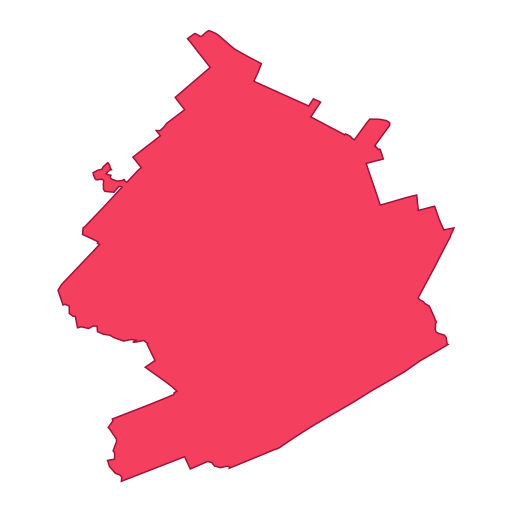 Recea, Arges, Romania
{"feature_id": "2599482B23278439531937", "entity_name": "Recea", "entity_type": "district", "adm_level": 2, "iso_a3": "ROU", "parent_name": "Romania", "parent_adm1": "Arges", "projection": "robinson", "projection_center": [25.033, 44.555], "detail": "fine", "context": "isolated", "style": "filled", "palette": "rose", "viewbox_px": 512, "rotation_deg": 0, "n_neighbors": 0, "source": "geoboundaries", "source_scale": "gbopen_adm2", "svg_char_len": 4342}
<svg xmlns="http://www.w3.org/2000/svg" viewBox="0 0 512 512"><path d="M446.8,341.4L446.6,340.6L446.6,340.4L446.3,337.7L445.3,336.2L444.4,335.2L443.6,334.9L440.3,333.9L439.1,333.7L438.6,333.4L438.1,333.1L436.2,331.9L435.9,331.3L435.6,330.8L435.2,329.5L435.2,328.7L435.5,326.4L435.5,325.3L435.5,323.8L436.3,322.3L436.3,321.6L436.2,321.4L435.1,319.8L435.1,319.7L435.0,318.7L434.8,318.3L434.7,318.2L434.5,317.7L434.2,317.2L434.1,316.7L433.9,316.1L433.4,315.4L433.1,314.4L432.7,313.5L432.2,312.5L431.9,311.9L431.6,311.2L430.5,308.5L429.8,307.2L429.0,305.9L427.3,304.9L425.4,303.9L424.6,303.3L424.0,302.3L422.8,301.3L420.2,300.1L418.0,298.1L433.0,270.1L434.5,267.3L444.4,248.0L448.1,241.0L450.1,237.3L450.6,235.4L452.0,232.2L452.4,231.9L453.8,228.3L454.0,227.9L445.5,229.6L443.6,229.7L439.2,219.4L434.6,206.2L418.3,210.4L416.7,195.0L411.7,196.2L404.5,198.1L380.2,205.1L375.5,190.9L367.7,168.1L366.2,163.4L383.3,159.0L383.1,158.4L383.3,158.9L380.2,149.4L379.3,149.1L378.8,149.3L378.6,149.6L378.0,149.5L377.3,148.2L375.7,147.0L375.6,146.8L375.8,146.7L375.9,146.4L375.8,146.2L374.8,145.7L389.2,126.0L389.8,124.6L389.6,122.8L388.9,122.2L387.6,121.4L386.3,120.5L384.5,120.2L382.7,119.9L381.3,119.6L379.9,119.3L374.2,119.2L372.0,119.1L369.8,119.1L368.4,120.8L367.0,122.5L354.3,139.9L352.3,138.5L351.5,137.6L350.7,136.7L350.0,136.1L345.4,133.9L344.8,134.9L327.8,125.9L310.8,116.9L320.6,102.2L319.1,101.3L318.2,100.9L317.3,100.5L313.4,98.8L311.0,102.4L308.7,106.0L293.2,99.0L281.3,93.7L277.6,92.0L266.5,87.0L253.8,81.3L257.1,74.4L258.2,71.9L259.2,69.3L261.4,63.7L252.0,58.7L248.5,56.9L245.7,55.3L242.4,53.5L241.6,53.0L240.8,52.6L236.0,49.9L234.3,48.8L233.1,47.8L231.8,46.8L229.5,44.8L227.4,43.0L227.2,42.8L225.2,41.1L222.5,38.7L220.7,37.2L219.0,35.7L217.6,34.7L216.3,33.8L214.2,32.7L213.3,32.3L210.9,31.3L209.6,30.8L209.1,30.8L208.5,30.7L206.5,31.9L201.6,36.3L200.3,36.3L198.6,35.4L195.9,33.8L195.0,33.5L194.4,33.7L187.5,38.7L190.1,41.7L197.5,51.2L210.2,67.4L175.3,97.3L175.2,97.4L176.7,99.5L184.7,109.7L166.6,123.4L163.2,127.9L162.4,128.4L160.2,130.6L156.2,130.5L160.4,135.8L154.5,140.4L132.9,157.1L141.3,167.7L141.2,167.8L139.6,169.0L137.7,170.7L135.4,173.2L130.1,178.8L126.9,182.2L126.7,182.2L125.1,181.4L124.8,180.9L124.7,180.3L124.4,179.6L124.0,179.5L123.7,179.6L123.2,179.9L123.0,180.1L122.0,180.6L121.1,180.7L117.9,181.0L116.4,180.9L112.4,179.4L111.1,178.5L110.5,177.8L110.4,177.1L110.5,176.6L110.6,176.2L111.0,175.4L110.9,175.2L109.7,175.0L109.3,175.1L107.9,174.5L107.4,174.4L106.9,174.3L106.3,174.3L106.2,173.5L109.4,170.3L110.1,169.9L111.2,169.8L111.6,169.7L111.5,169.4L110.6,168.8L110.3,168.2L109.7,165.6L109.3,164.5L108.0,162.8L107.7,162.7L106.6,163.6L105.7,164.5L104.8,165.3L102.9,167.2L102.4,168.6L101.9,169.2L99.7,169.7L97.3,170.4L93.1,172.8L93.5,174.9L93.7,175.6L93.7,175.8L93.9,176.0L94.2,176.4L94.3,176.7L94.6,177.6L94.9,178.5L95.9,179.5L97.0,179.8L97.5,179.8L98.0,179.7L100.4,179.3L101.8,179.4L102.3,179.5L103.2,180.0L103.7,180.8L103.6,181.8L103.2,184.6L103.5,186.1L103.5,186.3L103.4,188.9L103.6,189.3L104.0,190.2L104.6,191.1L106.1,191.5L107.8,191.6L108.4,191.7L109.0,191.8L110.0,191.9L110.4,191.9L113.0,192.1L113.9,192.3L118.9,186.6L119.2,186.4L119.5,186.3L120.7,186.4L122.0,187.2L103.7,207.0L84.9,226.6L83.1,227.9L82.5,234.4L98.0,241.7L97.4,243.4L99.6,244.5L62.8,283.2L61.2,285.1L58.0,290.3L63.0,305.0L65.2,304.3L69.2,306.1L69.3,313.5L73.0,316.2L75.3,316.4L76.5,322.6L77.5,327.8L81.3,326.8L88.8,328.5L93.0,326.0L97.0,326.2L97.5,331.6L103.3,334.2L109.8,335.2L114.0,337.6L123.7,341.1L131.4,339.5L136.1,340.2L132.8,342.3L136.3,342.0L143.7,340.5L147.7,343.5L147.2,344.3L155.0,360.5L149.2,364.5L145.2,367.2L166.3,382.3L172.9,387.4L174.5,389.1L177.0,391.1L174.1,392.8L173.9,394.6L151.9,403.6L112.3,419.0L112.9,420.9L108.2,427.5L110.1,429.7L116.4,439.0L116.6,441.5L113.1,450.8L114.6,452.9L114.5,459.2L107.5,460.4L108.0,461.6L109.4,466.4L115.3,473.3L119.8,474.9L121.8,477.0L121.3,481.3L177.4,459.5L184.6,456.7L190.3,469.0L207.5,461.5L211.7,462.5L214.5,466.0L220.6,467.7L227.2,466.1L230.0,467.2L229.5,468.1L240.4,463.7L242.3,462.9L254.9,457.7L266.2,453.0L275.2,449.3L277.5,448.7L279.4,447.7L282.6,445.5L283.1,445.2L292.3,438.9L302.6,432.2L314.1,425.0L353.1,402.3L372.9,390.0L388.0,381.4L405.2,371.3L420.1,360.8L439.6,349.5L448.1,344.4L447.2,344.0L447.1,343.3L446.9,342.3L446.8,341.4Z" fill="#f43f5e" stroke="#9f1239" stroke-width="1.5"/></svg>